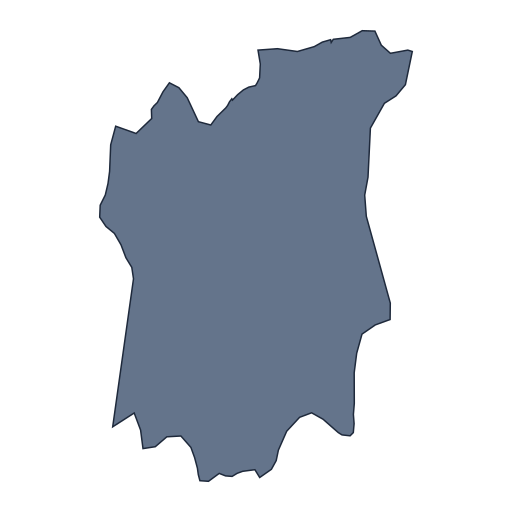 SVG path tracing the border of Osun
{"feature_id": "NGA-2855", "entity_name": "Osun", "entity_type": "State", "adm_level": 1, "iso_a3": "NGA", "parent_name": "Nigeria", "parent_adm1": "", "projection": "equal_earth", "projection_center": [4.53, 7.53], "detail": "fine", "context": "isolated", "style": "filled", "palette": "slate", "viewbox_px": 512, "rotation_deg": 0, "n_neighbors": 0, "source": "natural_earth", "source_scale": "10m", "svg_char_len": 1302}
<svg xmlns="http://www.w3.org/2000/svg" viewBox="0 0 512 512"><path d="M143.0,448.6L140.6,430.1L134.2,413.0L112.7,426.8L133.5,278.8L131.8,267.4L125.9,257.7L121.0,244.8L114.4,233.4L106.0,226.5L99.7,217.2L100.2,205.2L105.3,195.0L108.0,183.5L109.6,171.4L110.7,144.8L115.7,126.2L136.1,133.5L151.7,118.5L151.4,109.4L154.0,105.8L157.4,102.5L163.0,91.8L169.4,82.8L178.9,87.7L187.2,97.7L198.4,121.7L210.8,125.0L217.0,116.5L225.8,107.9L227.6,105.5L229.5,101.8L231.8,98.8L232.5,100.1L237.7,94.6L243.4,89.9L248.8,87.1L255.5,85.6L257.1,83.0L259.6,77.9L260.3,64.0L258.0,50.1L277.5,48.7L297.4,51.5L314.3,46.6L322.3,42.1L330.6,39.7L331.2,42.5L333.3,39.3L350.2,37.4L362.2,30.7L374.9,31.1L381.3,45.2L390.4,53.3L407.8,50.1L412.3,51.5L405.4,84.7L396.0,95.9L384.4,103.3L370.4,128.1L368.0,177.2L364.7,195.1L366.3,216.3L390.3,303.1L390.1,319.5L375.3,324.9L362.0,334.1L356.7,353.2L354.2,372.7L354.3,403.4L353.4,414.4L354.1,423.7L353.3,432.6L350.1,435.8L342.0,434.9L338.3,432.6L323.0,419.2L311.6,412.8L299.6,417.3L286.7,431.2L278.4,450.1L276.2,460.6L271.4,469.3L259.7,477.5L254.9,469.7L242.7,471.3L237.2,473.3L232.1,476.4L225.6,475.9L219.2,473.4L208.5,481.3L199.9,480.7L198.3,474.6L197.4,468.1L194.6,457.6L190.9,447.4L180.9,436.0L166.8,436.8L155.3,446.7L143.0,448.6Z" fill="#64748b" stroke="#1e293b" stroke-width="1.5"/></svg>